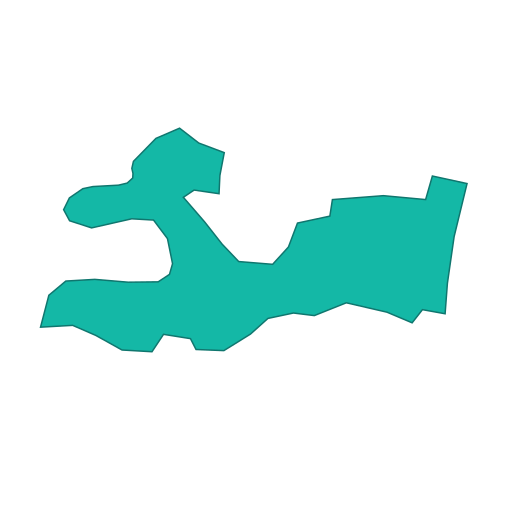 the border of Rujienas, rotated 286°
{"feature_id": "LVA-5796", "entity_name": "Rujienas", "entity_type": "Municipality", "adm_level": 1, "iso_a3": "LVA", "parent_name": "Latvia", "parent_adm1": "", "projection": "albers", "projection_center": [25.272, 57.927], "detail": "fine", "context": "isolated", "style": "filled", "palette": "teal", "viewbox_px": 512, "rotation_deg": 286, "n_neighbors": 0, "source": "natural_earth", "source_scale": "10m", "svg_char_len": 916}
<svg xmlns="http://www.w3.org/2000/svg" viewBox="0 0 512 512"><g transform="rotate(286 256 256)"><path d="M247.5,58.3L260.4,60.6L273.0,71.0L277.8,80.1L286.2,104.3L290.6,112.1L297.0,116.0L301.4,115.0L306.0,112.5L313.2,112.1L341.5,127.4L357.8,147.3L348.8,169.9L346.6,197.0L323.4,199.1L305.7,203.3L302.3,178.3L292.4,170.0L274.7,197.1L258.1,220.1L245.9,240.9L252.6,274.3L273.6,284.7L299.1,286.8L314.7,316.0L331.3,313.9L349.1,361.8L357.0,403.5L381.5,403.5L383.8,438.9L329.3,441.1L282.6,447.5L252.6,453.7L250.3,430.8L234.8,424.5L238.1,397.4L235.9,355.7L214.8,328.5L211.5,307.7L199.3,284.7L179.4,272.2L156.2,251.2L149.6,224.1L158.5,215.8L155.2,188.7L135.3,182.4L128.7,153.1L135.5,123.9L138.8,98.9L128.2,68.5L161.2,67.7L179.5,80.1L189.1,107.5L195.6,140.4L204.2,169.1L214.5,177.9L225.6,177.9L248.3,166.1L262.3,147.6L257.5,126.3L237.7,90.2L238.5,67.1L247.5,58.3Z" fill="#14b8a6" stroke="#0f766e" stroke-width="1.5"/></g></svg>